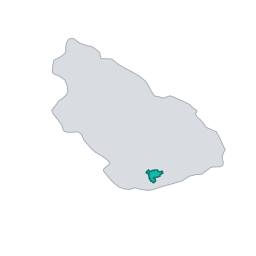 location of Goenkhatoe, Gasa, Bhutan, rotated 214°
{"feature_id": "84629894B85362517757759", "entity_name": "Goenkhatoe", "entity_type": "district", "adm_level": 2, "iso_a3": "BTN", "parent_name": "Bhutan", "parent_adm1": "Gasa", "projection": "mercator", "projection_center": [89.606, 27.867], "detail": "fine", "context": "in_parent", "style": "filled", "palette": "teal", "viewbox_px": 256, "rotation_deg": 214, "n_neighbors": 0, "source": "geoboundaries", "source_scale": "gbopen_adm2", "svg_char_len": 3913}
<svg xmlns="http://www.w3.org/2000/svg" viewBox="0 0 256 256"><g transform="rotate(214 128 128)"><path d="M200.6,111.2L200.3,112.7L198.6,116.7L197.5,121.1L198.4,124.8L202.2,129.1L207.2,132.5L213.7,132.7L219.6,131.4L222.0,132.0L225.2,137.7L227.5,142.7L224.4,147.8L222.7,152.2L222.0,155.4L222.4,156.8L224.3,159.4L226.6,163.7L226.9,167.8L225.5,170.4L222.4,171.8L219.2,171.4L216.5,171.4L213.1,171.9L207.9,173.4L203.0,175.3L193.8,174.9L190.1,171.0L188.4,170.9L180.1,176.1L171.0,175.2L154.4,176.9L147.5,177.3L140.4,176.7L136.8,175.6L130.2,172.0L124.1,169.4L118.0,171.8L115.8,172.2L110.9,178.4L100.2,180.5L89.5,182.0L86.4,181.1L80.4,180.8L80.1,179.3L80.3,177.9L78.9,176.8L76.5,175.7L72.3,175.2L66.9,173.6L63.8,172.2L52.9,174.3L46.5,171.1L39.3,166.6L35.6,164.6L34.3,157.7L33.0,155.5L30.1,153.1L28.5,150.3L29.8,147.5L37.0,142.2L37.6,140.9L41.0,131.0L45.6,127.4L50.2,122.4L53.6,114.4L60.3,106.3L67.6,97.8L72.7,91.0L76.0,87.8L82.9,84.3L88.7,82.3L92.7,77.7L97.5,75.2L102.4,74.0L109.8,74.6L116.7,76.3L124.3,78.6L125.1,80.4L124.5,83.7L123.4,87.0L123.4,88.7L124.5,89.6L131.9,90.2L141.0,89.7L146.1,90.2L157.5,93.2L160.8,95.4L164.3,97.0L167.7,96.7L171.9,93.2L176.5,90.2L179.3,89.7L181.3,90.7L184.9,93.6L192.4,96.2L199.0,98.3L201.2,100.2L200.5,108.4L200.6,111.2Z" fill="#d9dde1" stroke="#a8b0b8" stroke-width="1"/><path d="M87.6,104.6L87.6,104.2L87.6,103.9L87.7,103.7L87.7,103.4L87.6,103.2L87.7,102.9L87.8,102.8L87.8,102.7L88.0,102.5L88.1,102.4L88.2,102.2L88.1,101.9L88.0,101.6L87.9,101.5L87.9,101.4L87.9,101.2L87.7,101.1L87.8,101.0L87.7,100.9L87.4,101.0L87.1,101.1L86.9,101.2L86.7,101.2L86.3,101.2L86.2,101.2L86.1,101.3L85.8,101.5L85.6,101.7L85.5,101.8L85.3,102.2L85.2,102.0L85.2,101.9L85.2,101.7L85.3,101.5L85.2,101.4L85.2,101.2L85.0,100.9L84.9,100.7L84.7,100.6L84.4,100.5L84.2,100.5L84.2,100.3L84.0,100.2L83.9,100.1L83.8,99.9L83.7,99.7L83.4,99.5L83.2,99.4L83.1,99.2L82.9,99.2L82.8,98.9L82.7,98.8L82.4,98.7L82.4,98.4L82.3,98.1L82.0,98.1L81.7,98.2L81.5,97.8L81.5,97.7L81.4,97.6L81.2,97.5L80.9,97.6L80.7,97.4L80.2,97.5L80.1,97.4L79.9,97.1L79.7,97.0L79.4,97.0L79.4,96.9L79.3,96.7L79.2,96.7L79.0,96.8L78.9,96.8L78.7,97.0L78.4,97.1L78.1,97.1L77.9,97.1L77.6,96.9L77.4,96.9L77.2,96.9L76.9,96.8L76.6,96.8L76.3,96.9L76.2,97.0L76.0,97.3L75.9,97.3L75.9,97.5L75.9,97.8L75.9,98.1L75.8,98.3L75.9,98.5L75.7,98.8L75.6,99.0L75.6,99.3L75.6,99.5L75.7,99.8L75.8,99.9L76.0,100.0L76.3,100.3L76.6,100.4L76.9,100.4L77.0,100.5L77.3,100.6L77.5,100.7L78.1,100.7L78.3,100.8L78.5,100.9L78.9,100.9L79.0,100.9L79.0,101.0L79.0,101.3L78.9,101.5L78.7,101.6L78.4,101.6L78.2,101.6L77.9,101.7L77.7,101.8L77.6,102.0L77.4,102.1L77.3,102.4L77.3,102.5L77.2,102.7L77.2,102.9L77.1,103.0L76.9,103.2L76.8,103.3L76.7,103.3L76.5,103.5L76.4,103.6L76.2,103.7L76.1,103.8L76.0,104.0L75.9,104.2L75.8,104.3L75.7,104.5L75.3,104.8L75.3,105.0L75.2,105.3L74.9,105.6L74.7,105.7L74.6,105.8L74.8,106.1L74.9,106.3L75.0,106.4L75.1,106.5L75.2,106.9L75.2,107.1L75.1,107.4L75.1,107.5L74.9,107.7L74.8,107.8L74.9,108.0L74.8,108.3L74.9,108.5L74.8,108.8L74.7,108.9L74.7,109.0L74.8,109.1L74.8,109.3L74.6,109.4L74.5,109.6L74.4,109.5L74.2,109.6L74.0,109.8L74.3,110.0L74.4,110.4L74.6,110.6L74.7,110.9L74.8,110.9L74.9,111.0L75.0,111.1L75.3,111.2L75.5,111.2L75.8,111.2L76.0,111.0L76.1,110.7L76.2,110.4L76.1,110.2L76.2,109.9L76.2,110.0L76.3,110.0L76.5,110.1L76.7,109.9L76.7,109.7L76.8,109.7L77.1,109.3L77.4,109.2L77.8,109.1L78.2,109.2L78.4,109.3L78.7,109.2L78.9,109.2L79.1,109.2L79.3,109.2L79.7,109.3L79.9,109.4L80.2,109.6L80.4,109.5L80.6,109.3L80.8,109.1L81.1,108.7L81.3,108.6L81.5,108.5L81.7,108.4L81.8,108.3L81.9,108.1L82.1,107.7L82.3,107.6L82.5,107.7L82.5,107.4L82.6,107.2L82.8,107.2L83.0,107.1L83.3,107.0L83.6,107.0L83.8,106.8L83.9,106.4L84.0,106.2L84.3,106.0L84.3,105.7L84.4,105.4L84.5,105.4L84.6,105.2L84.8,105.1L85.0,104.8L85.3,104.7L85.5,104.3L85.7,104.2L85.8,104.2L86.4,104.2L86.9,104.5L87.1,104.6L87.3,104.6L87.5,104.6L87.6,104.6Z" fill="#14b8a6" stroke="#0f766e" stroke-width="1.5"/></g></svg>